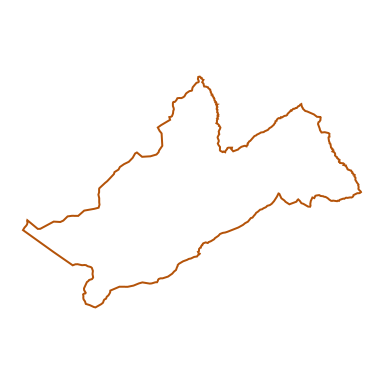 outline of Izvoarele Sucevei, Suceava, Romania
{"feature_id": "2599482B77536964142988", "entity_name": "Izvoarele Sucevei", "entity_type": "district", "adm_level": 2, "iso_a3": "ROU", "parent_name": "Romania", "parent_adm1": "Suceava", "projection": "equal_earth", "projection_center": [25.231, 47.765], "detail": "fine", "context": "isolated", "style": "outline", "palette": "amber", "viewbox_px": 384, "rotation_deg": 0, "n_neighbors": 0, "source": "geoboundaries", "source_scale": "gbopen_adm2", "svg_char_len": 6009}
<svg xmlns="http://www.w3.org/2000/svg" viewBox="0 0 384 384"><path d="M142.4,282.4L149.8,283.6L151.7,283.4L155.3,282.3L157.1,282.2L157.8,280.9L158.2,279.6L158.9,278.9L160.7,278.3L162.7,278.3L168.0,276.6L172.2,273.7L174.1,271.5L176.0,270.0L177.0,267.2L177.6,266.1L177.7,265.1L178.9,263.8L183.1,261.3L187.2,259.8L188.8,258.9L190.9,258.5L194.2,256.9L197.0,256.5L198.2,254.9L199.4,254.3L199.7,253.7L198.6,253.3L198.1,252.1L198.4,252.1L198.4,251.6L198.9,251.2L199.1,248.9L200.3,247.6L200.8,247.6L201.3,245.9L201.9,245.2L202.2,245.2L202.2,244.7L202.8,244.2L202.9,243.7L203.3,243.3L205.7,242.4L207.6,243.0L208.1,242.8L208.6,242.1L210.7,241.3L214.2,239.2L214.9,238.2L218.4,235.8L220.0,234.0L222.7,232.9L225.2,232.5L227.4,231.8L238.3,227.5L243.0,224.9L245.2,223.1L247.9,221.7L250.8,218.1L252.5,217.6L254.1,215.5L255.0,214.6L256.2,212.8L257.9,211.7L260.1,209.7L262.2,209.2L263.4,208.3L265.9,207.2L267.3,205.8L269.8,205.1L271.7,203.8L274.0,201.2L276.9,196.7L278.5,193.5L279.3,193.8L281.4,198.3L284.4,200.5L285.5,201.8L289.4,204.3L296.4,201.7L297.4,200.1L298.2,199.4L299.8,200.9L301.4,203.2L303.3,203.8L308.1,206.6L310.1,206.7L310.5,205.7L310.3,203.8L310.8,201.0L312.4,197.5L314.3,198.1L315.4,195.8L316.4,195.5L319.1,195.1L319.7,195.3L320.3,195.9L323.4,196.3L324.2,196.8L325.5,196.9L327.6,198.1L329.4,199.7L331.1,200.8L332.2,200.9L333.0,200.6L337.1,201.2L337.7,200.7L339.0,200.9L339.4,200.1L339.9,199.8L343.3,198.6L344.2,198.8L346.1,197.7L347.4,197.9L350.1,197.4L351.5,197.5L352.4,197.1L353.2,196.3L353.5,195.1L357.3,193.2L359.1,193.2L359.8,193.0L361.0,192.1L360.8,191.6L358.9,189.7L358.4,188.9L358.6,187.3L358.5,186.2L358.2,185.4L358.5,184.6L356.8,182.4L356.4,181.5L355.6,180.4L355.3,179.4L355.5,178.3L355.4,177.5L354.4,176.5L354.7,175.0L353.4,174.6L353.5,174.1L352.8,173.2L352.2,173.0L352.3,172.1L351.4,171.4L351.2,170.6L349.4,170.1L348.5,169.6L348.2,169.7L347.5,169.2L347.1,168.0L346.6,167.4L346.3,166.5L345.5,165.9L345.7,165.5L343.5,165.0L344.1,164.0L343.3,163.3L340.1,163.0L340.0,162.4L339.0,162.0L338.9,161.7L339.5,160.4L339.5,159.8L338.5,159.5L338.2,158.7L337.2,158.2L337.0,157.2L335.8,156.4L335.0,155.4L335.2,154.1L334.8,153.0L333.9,152.0L332.6,151.5L333.4,150.7L333.4,150.2L332.2,149.4L332.4,148.7L331.0,147.6L330.5,144.1L329.6,143.4L329.7,142.8L329.0,141.1L328.5,137.7L328.7,137.1L329.5,136.7L329.3,135.1L329.4,133.7L328.3,133.0L324.8,132.2L321.5,132.5L320.0,130.1L319.7,128.6L318.0,124.0L318.5,122.2L319.5,121.6L320.5,119.9L320.4,119.0L320.7,117.6L320.4,117.0L317.0,116.8L313.9,114.4L307.0,111.4L305.3,111.0L302.8,108.6L302.7,107.8L302.1,107.1L301.5,105.2L301.3,104.1L300.2,104.7L300.0,105.2L299.4,105.8L298.2,106.3L296.7,108.0L295.7,108.0L294.5,108.8L293.3,108.8L292.0,110.1L291.3,110.1L291.3,110.9L290.4,110.9L290.0,111.5L287.6,113.8L287.2,114.9L286.2,115.6L284.4,115.9L282.0,117.4L281.0,117.1L280.6,117.6L280.5,118.2L279.3,118.3L278.9,118.1L277.7,118.7L276.8,119.8L276.6,120.8L275.5,121.2L275.2,122.9L274.5,123.5L274.0,124.6L271.4,127.0L269.4,128.2L267.9,129.9L264.5,131.4L263.7,132.1L260.9,132.5L259.5,133.4L256.8,134.7L256.3,135.3L254.4,136.1L250.2,140.9L249.2,141.4L248.3,142.8L247.8,143.1L247.6,143.7L247.8,144.0L247.6,145.0L246.6,145.6L246.6,146.0L246.3,145.9L246.1,146.2L245.9,146.0L244.6,145.8L241.4,146.8L239.0,148.5L238.1,149.5L233.2,151.3L231.2,149.0L231.9,148.2L232.0,147.7L228.4,147.7L227.7,147.9L227.2,148.4L227.1,149.1L225.5,150.9L225.2,152.2L223.4,151.5L223.0,151.6L223.0,152.0L222.7,152.1L220.3,150.8L219.9,150.1L220.0,147.0L218.5,145.0L217.8,143.5L218.6,141.8L218.8,141.0L218.6,140.0L217.8,138.2L217.6,137.2L218.6,135.1L219.2,134.4L219.3,134.1L218.9,133.4L219.0,132.7L218.7,131.7L219.4,129.9L220.1,128.7L220.4,127.5L219.6,126.3L219.0,126.0L219.2,125.4L218.1,124.2L216.4,123.2L217.0,122.2L216.9,120.5L217.4,119.5L217.1,119.0L217.6,118.8L217.3,118.5L217.7,118.1L217.5,117.4L218.0,116.7L217.7,116.6L217.8,116.4L217.6,115.8L218.0,115.6L217.8,115.0L218.4,114.7L217.7,113.3L217.8,113.0L217.7,112.6L217.1,112.1L217.3,111.5L217.2,110.7L217.5,109.9L216.8,109.4L217.0,108.7L216.7,108.4L216.9,107.5L217.4,107.0L216.9,106.4L217.0,105.7L216.6,105.6L216.4,104.8L217.1,104.4L216.1,104.2L216.3,102.7L216.1,102.2L215.3,102.2L215.4,101.7L215.0,100.8L214.6,100.6L214.5,100.3L214.3,99.3L214.4,98.8L213.8,98.2L213.9,97.6L212.7,96.4L212.8,95.9L212.5,95.6L212.4,94.8L211.7,94.8L211.8,94.2L211.4,93.8L211.4,93.4L210.7,92.2L210.8,91.4L210.2,90.6L210.2,89.6L208.3,88.2L208.1,87.4L205.9,86.6L204.2,86.5L203.9,85.7L203.5,83.6L202.2,82.2L203.4,79.9L202.8,79.7L201.9,78.7L201.3,78.4L201.5,77.8L200.5,77.4L199.8,76.6L198.3,76.9L197.9,79.0L198.8,81.2L198.7,81.9L198.0,82.4L196.5,82.8L194.2,85.5L192.7,87.3L192.3,88.6L192.1,90.1L191.7,90.7L189.5,91.1L186.8,92.9L186.0,93.6L184.4,96.4L182.6,97.6L181.3,98.1L179.2,98.0L177.4,98.2L176.4,100.1L175.2,101.5L174.6,102.0L173.6,101.9L173.1,102.3L172.9,103.2L172.9,106.0L173.7,108.2L173.8,109.6L173.3,110.8L173.0,113.5L172.0,116.1L171.4,116.6L169.3,117.1L170.1,119.8L161.0,125.2L157.8,127.5L159.6,130.9L161.6,133.4L162.3,145.8L159.1,150.5L158.6,152.2L156.5,154.5L150.4,156.3L142.1,156.8L136.9,152.5L135.1,153.5L132.7,157.8L128.8,161.8L124.1,164.1L119.9,167.0L118.5,169.6L114.5,172.1L113.9,174.1L107.2,181.2L105.0,183.0L99.3,188.3L99.1,189.0L99.1,192.3L98.4,194.6L99.2,198.1L99.2,202.4L99.5,204.7L98.6,207.7L94.4,208.8L84.2,210.6L78.2,215.9L71.9,215.8L67.6,216.4L63.3,220.6L60.3,222.0L53.7,221.6L40.3,228.8L37.8,228.9L27.3,220.2L27.1,220.9L27.5,222.6L27.1,224.3L26.3,225.6L24.5,227.6L23.0,230.1L53.1,251.7L72.7,265.3L75.4,264.3L77.6,264.2L82.0,265.2L84.6,265.0L86.1,265.2L87.6,266.2L90.7,267.0L91.8,267.8L92.9,270.9L92.5,274.1L93.0,276.5L93.1,277.6L92.0,279.1L89.1,280.0L88.5,280.9L86.9,282.1L84.0,288.4L84.1,290.1L85.7,292.8L85.4,293.4L83.7,293.8L83.1,294.4L83.4,296.1L83.3,297.9L83.6,299.4L85.0,301.4L85.8,303.9L89.7,305.1L93.8,307.0L95.5,307.4L101.3,304.1L103.0,302.7L103.8,300.4L104.4,299.5L106.0,298.7L106.8,296.7L108.4,295.4L109.4,293.8L110.1,292.5L110.3,290.6L119.5,286.7L127.7,286.8L133.5,285.6L138.9,283.4L142.4,282.4Z" fill="none" stroke="#b45309" stroke-width="2"/></svg>